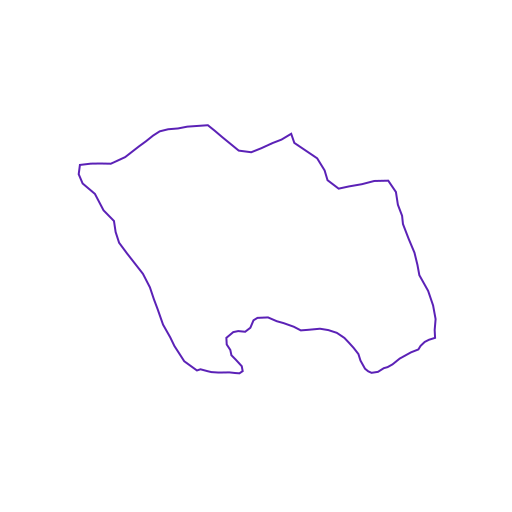 Galinoporni, Cyprus, rotated 108°
{"feature_id": "46923920B55142884438741", "entity_name": "Galinoporni", "entity_type": "district", "adm_level": 2, "iso_a3": "CYP", "parent_name": "Cyprus", "parent_adm1": "", "projection": "equal_earth", "projection_center": [34.316, 35.528], "detail": "fine", "context": "isolated", "style": "outline", "palette": "violet", "viewbox_px": 512, "rotation_deg": 108, "n_neighbors": 0, "source": "geoboundaries", "source_scale": "gbopen_adm2", "svg_char_len": 1482}
<svg xmlns="http://www.w3.org/2000/svg" viewBox="0 0 512 512"><g transform="rotate(108 256 256)"><path d="M128.9,260.3L137.4,267.7L143.5,275.2L151.9,284.3L158.8,292.6L161.1,305.0L153.4,324.8L149.6,334.0L146.5,342.2L154.2,361.3L158.8,369.6L162.6,378.7L167.2,386.1L173.3,391.1L180.9,396.1L187.8,401.1L202.4,411.0L213.1,422.6L216.1,432.5L219.2,441.6L223.8,451.6L233.0,449.9L240.6,443.3L246.7,428.4L259.7,415.1L266.6,401.9L276.6,396.9L285.7,390.3L293.4,379.5L307.9,358.0L318.6,347.2L328.6,339.8L337.0,333.1L350.0,323.2L359.9,312.4L366.8,305.8L372.9,298.3L378.3,291.7L383.1,276.8L380.9,273.8L380.5,266.3L380.2,262.6L378.4,255.5L377.1,251.7L374.9,245.3L373.7,239.5L372.7,235.5L369.6,233.1L365.2,235.5L360.8,243.3L358.0,248.7L353.3,251.4L349.2,256.5L343.0,258.9L335.4,254.1L332.9,249.7L331.4,242.9L326.0,239.2L317.9,238.5L314.4,235.5L310.7,225.6L311.6,216.1L311.3,209.0L311.6,198.2L312.9,190.4L310.1,183.6L305.4,172.7L304.1,164.3L304.1,155.4L306.6,146.6L309.7,140.9L313.2,134.8L317.6,128.3L323.2,124.3L329.5,117.5L331.0,113.7L331.4,110.0L328.5,104.2L323.2,99.8L321.0,96.5L316.9,92.7L309.1,87.6L299.7,78.8L294.7,72.7L290.6,71.7L285.6,69.0L282.2,65.6L278.5,60.4L271.2,63.2L260.5,65.7L248.3,72.3L236.0,81.5L223.8,94.7L214.6,99.7L203.9,106.3L192.4,116.2L180.2,126.1L172.6,129.5L163.4,136.9L151.9,142.7L143.5,153.5L148.1,166.7L155.0,177.5L161.1,189.1L166.4,198.2L161.8,211.4L153.4,217.2L144.2,228.0L140.4,241.2L136.6,254.5L128.9,260.3Z" fill="none" stroke="#5b21b6" stroke-width="2"/></g></svg>